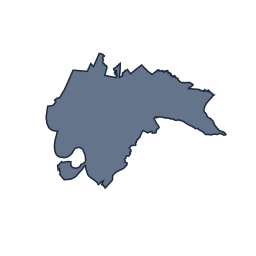 Salsig, Maramures, Romania (Equal Earth projection), rotated 130°
{"feature_id": "2599482B27757238737768", "entity_name": "Salsig", "entity_type": "district", "adm_level": 2, "iso_a3": "ROU", "parent_name": "Romania", "parent_adm1": "Maramures", "projection": "equal_earth", "projection_center": [23.276, 47.532], "detail": "fine", "context": "isolated", "style": "filled", "palette": "slate", "viewbox_px": 256, "rotation_deg": 130, "n_neighbors": 0, "source": "geoboundaries", "source_scale": "gbopen_adm2", "svg_char_len": 5715}
<svg xmlns="http://www.w3.org/2000/svg" viewBox="0 0 256 256"><g transform="rotate(130 128 128)"><path d="M163.0,203.5L172.4,197.6L176.6,193.1L178.7,188.8L178.6,185.0L177.2,181.9L175.7,180.0L184.4,175.9L188.0,173.6L190.8,171.2L193.0,168.8L194.0,166.8L194.6,165.2L194.6,163.5L194.1,161.8L193.7,160.9L191.4,157.4L190.0,156.4L188.0,155.4L185.5,154.8L183.1,154.7L178.2,155.5L176.9,154.9L174.8,153.7L174.1,152.6L173.3,149.3L176.7,142.8L178.9,140.9L180.0,139.6L182.2,139.0L183.4,139.3L186.6,140.7L187.8,140.0L188.3,140.0L190.7,140.9L191.5,141.3L193.0,143.2L193.6,144.3L193.8,145.2L193.7,146.8L193.0,148.1L190.5,150.1L192.0,152.0L192.9,153.0L196.5,156.0L196.3,157.2L200.4,157.4L201.1,157.8L202.1,157.8L204.8,154.7L204.0,154.8L203.2,154.5L204.4,153.5L205.8,151.3L206.9,150.1L207.4,150.4L208.4,145.6L208.6,143.6L207.8,142.7L204.1,139.1L201.1,137.6L198.7,136.8L190.5,136.6L189.1,136.4L186.7,136.8L184.1,136.7L184.2,136.4L184.8,135.9L186.3,134.2L187.6,131.9L189.3,129.4L189.5,129.0L190.0,127.0L190.0,124.3L189.6,120.6L189.6,116.5L190.3,114.9L190.5,114.7L190.5,114.3L189.4,114.0L186.1,113.8L185.0,113.4L184.3,112.9L186.5,112.5L188.4,111.6L188.2,111.2L187.4,111.0L187.6,110.1L188.2,109.3L188.1,108.6L188.7,106.9L180.6,106.5L177.7,106.6L174.6,108.9L172.8,109.2L169.4,108.7L161.6,105.4L159.3,105.2L157.7,105.1L156.6,105.4L155.4,106.1L156.1,108.3L155.6,108.4L154.4,110.1L154.2,110.4L153.6,110.5L152.6,110.2L151.6,111.2L150.9,111.3L149.7,110.6L149.5,109.8L149.2,109.5L148.4,109.3L146.1,109.7L145.9,109.9L145.8,110.7L145.5,111.1L145.1,111.1L144.6,110.6L143.8,110.8L142.9,112.0L142.9,113.1L142.4,114.2L141.4,114.1L140.4,114.4L138.7,113.4L137.6,112.6L136.8,111.4L136.2,111.2L135.9,111.2L134.6,112.6L134.2,112.7L133.5,112.4L132.6,112.9L131.9,113.5L131.0,113.4L130.3,113.0L128.9,113.5L128.1,113.0L127.8,112.9L123.7,114.3L120.3,114.9L119.1,109.9L115.3,107.6L116.3,106.1L115.9,105.6L115.0,105.1L114.6,104.1L113.6,103.6L113.1,103.9L112.2,104.2L111.9,104.8L111.7,104.9L107.7,104.4L107.2,105.2L106.6,106.8L106.2,109.0L104.0,114.2L102.3,114.0L101.9,114.2L101.6,113.9L101.5,113.6L101.9,113.6L102.1,113.3L102.0,112.7L101.8,112.5L101.4,112.6L100.9,112.5L100.6,112.1L100.3,112.0L100.1,111.7L99.5,111.6L98.9,110.4L97.4,108.3L96.6,106.0L95.6,105.2L95.5,104.8L94.1,102.8L94.1,102.2L93.9,101.7L93.2,100.5L92.7,100.3L92.1,98.5L91.8,97.0L90.9,95.6L90.1,95.3L89.6,94.5L89.0,94.2L88.8,93.9L88.8,93.1L88.0,92.0L87.9,91.0L87.3,89.8L87.2,89.2L87.3,88.9L87.1,87.6L87.2,86.9L86.7,84.5L86.5,83.0L85.6,80.3L85.6,79.1L85.3,78.6L85.1,77.7L85.4,76.6L83.6,74.1L83.8,72.7L83.4,72.0L83.4,70.7L83.0,69.9L83.1,69.3L82.9,68.8L82.8,68.2L82.8,67.6L83.0,66.5L83.1,65.1L83.0,64.1L82.7,63.7L81.9,63.3L81.5,62.4L81.0,61.9L80.7,61.5L80.8,61.4L79.8,59.8L78.9,59.1L78.2,58.9L77.0,57.7L75.8,55.6L74.4,55.0L73.1,53.9L72.6,53.1L71.8,49.9L70.9,49.1L70.1,48.8L69.6,50.3L69.5,51.3L70.1,53.7L70.8,54.6L71.2,56.3L71.2,56.9L70.8,59.1L70.8,60.1L70.2,62.4L70.2,63.2L68.8,65.6L68.3,67.0L67.7,70.3L67.8,71.1L68.4,73.4L68.4,74.3L67.0,77.0L66.7,78.2L66.6,80.0L66.3,80.6L64.9,81.9L61.3,83.3L59.7,83.6L57.0,83.8L52.2,83.7L51.7,83.5L48.7,83.7L47.5,83.3L47.7,83.7L47.5,84.6L47.5,85.9L47.8,86.1L47.5,86.4L47.8,86.8L47.7,87.6L47.5,88.2L48.0,88.9L48.3,89.0L48.0,89.7L47.8,89.7L47.7,89.5L47.4,89.6L47.4,90.8L47.7,90.7L48.0,90.8L48.0,91.0L48.3,91.2L48.5,91.5L48.8,91.6L48.9,91.1L49.3,91.1L49.6,91.6L49.8,93.3L49.7,93.6L49.1,93.8L49.2,94.0L49.9,94.0L50.8,93.5L51.2,93.4L51.9,95.7L52.9,96.8L53.1,97.5L52.6,97.8L53.4,99.3L58.9,106.9L57.5,107.2L57.1,106.8L56.2,106.7L55.9,106.2L55.6,106.0L53.8,105.9L53.5,106.1L52.8,106.2L53.2,107.4L53.2,108.7L53.7,110.4L54.3,111.1L55.1,111.3L55.3,112.1L56.2,113.1L56.9,113.6L57.2,114.1L57.2,114.5L57.4,114.8L58.4,115.5L58.7,116.1L59.3,118.2L59.3,118.5L58.8,119.2L59.0,120.0L59.0,120.5L58.6,121.3L58.0,121.5L58.3,121.9L58.3,122.5L58.7,122.8L58.6,123.1L58.8,123.3L58.8,124.0L58.4,124.3L58.7,124.5L58.7,124.8L58.3,125.0L58.7,125.5L58.0,125.9L58.1,126.2L58.4,126.2L58.6,126.4L59.6,126.4L59.3,126.7L59.4,126.9L60.0,126.8L60.0,127.0L59.7,127.3L60.3,127.8L59.8,128.1L59.8,128.7L59.3,129.2L59.3,129.4L59.7,129.6L58.7,129.9L58.7,130.2L59.0,131.0L58.9,131.7L59.5,132.4L59.9,132.1L60.1,132.3L59.2,132.9L59.4,133.6L58.8,134.2L59.7,134.4L59.8,134.6L59.0,134.7L58.9,134.9L59.4,135.3L59.6,135.3L60.1,135.9L60.9,135.9L61.7,136.1L61.4,136.4L61.5,137.1L62.2,137.1L62.3,137.6L61.8,138.1L62.3,138.5L62.4,139.1L63.7,139.8L63.8,139.9L63.9,140.6L64.2,140.7L63.6,141.5L63.7,141.9L64.5,142.4L64.9,142.4L65.3,142.9L65.6,142.9L65.7,142.6L66.4,142.6L66.8,142.4L67.3,143.0L68.2,143.4L71.5,143.8L71.8,144.3L71.7,144.6L71.4,144.8L71.8,147.7L71.8,149.5L71.4,153.1L71.5,153.8L71.0,158.1L85.0,161.0L83.5,166.0L84.9,166.0L85.5,166.5L85.4,166.9L85.6,167.2L86.8,167.0L87.4,167.2L88.0,167.0L88.4,166.9L88.6,167.0L88.9,167.5L89.3,167.6L89.7,166.9L90.7,166.8L91.0,165.9L91.4,165.7L92.2,166.1L93.0,166.1L93.7,166.8L94.6,167.2L91.3,169.6L90.5,170.0L87.9,171.9L83.4,175.5L84.5,175.8L85.6,175.8L87.8,176.2L87.9,175.9L88.3,176.1L88.9,176.1L91.9,177.1L92.5,176.1L92.7,175.4L92.0,174.2L91.6,173.7L92.1,173.3L93.9,174.1L94.3,174.0L94.4,173.7L94.2,173.3L93.1,172.8L93.1,172.4L93.5,172.2L94.9,172.5L95.3,172.4L95.4,172.2L95.3,171.7L94.4,170.9L94.7,170.4L95.4,169.8L96.7,170.1L97.2,169.8L100.9,176.4L102.6,179.6L94.8,183.2L94.9,183.6L94.2,184.6L94.1,185.1L94.6,185.8L94.7,186.3L94.1,187.5L94.6,188.4L94.6,188.9L92.1,190.7L91.3,191.0L91.0,192.0L90.5,192.5L89.9,192.7L88.9,192.3L88.0,192.4L87.9,192.5L88.2,193.8L87.7,194.4L89.3,198.0L100.6,194.6L103.2,194.0L102.5,197.9L110.8,195.6L119.0,207.2L139.2,201.4L149.1,199.8L149.9,200.8L150.8,201.5L152.7,202.0L153.9,202.1L154.0,202.0L154.0,200.6L154.1,200.4L156.4,199.9L158.1,200.0L158.8,200.2L160.0,200.8L163.0,203.5Z" fill="#64748b" stroke="#1e293b" stroke-width="1.5"/></g></svg>